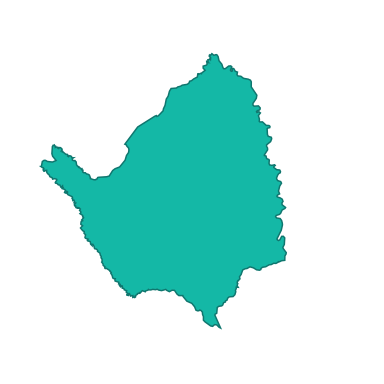 Ribeirão Cascalheira, Mato Grosso, Brazil, rotated 321°
{"feature_id": "56859067B50708946620242", "entity_name": "Ribeirão Cascalheira", "entity_type": "district", "adm_level": 2, "iso_a3": "BRA", "parent_name": "Brazil", "parent_adm1": "Mato Grosso", "projection": "mercator", "projection_center": [-51.621, -12.878], "detail": "fine", "context": "isolated", "style": "filled", "palette": "teal", "viewbox_px": 384, "rotation_deg": 321, "n_neighbors": 0, "source": "geoboundaries", "source_scale": "gbopen_adm2", "svg_char_len": 5924}
<svg xmlns="http://www.w3.org/2000/svg" viewBox="0 0 384 384"><g transform="rotate(321 192 192)"><path d="M90.6,77.0L91.2,79.3L91.7,79.5L91.5,80.8L90.2,81.1L90.0,82.7L90.5,83.0L90.7,82.4L92.7,83.7L91.6,85.2L91.3,86.9L91.8,88.4L91.2,90.7L92.3,92.9L91.8,94.3L93.7,95.2L94.8,96.9L94.6,97.6L91.8,98.5L91.5,99.2L92.5,100.4L92.6,102.3L93.7,103.4L93.1,105.6L93.3,106.1L95.2,105.8L94.5,106.9L94.6,107.5L93.3,107.7L94.7,109.9L94.7,111.0L92.6,112.2L93.3,113.6L95.1,112.7L95.4,113.5L94.0,115.0L93.9,116.0L95.9,120.2L95.6,121.1L94.8,121.4L94.9,122.6L94.3,122.9L94.0,123.8L95.1,124.2L94.7,125.6L93.5,126.1L94.6,127.4L92.6,127.8L92.3,128.4L92.2,129.2L92.8,129.5L92.0,131.0L92.8,132.6L93.4,133.1L93.5,132.4L94.3,133.2L94.5,135.0L93.0,135.6L93.2,137.2L92.5,138.2L91.3,138.3L92.2,141.0L92.0,142.3L91.4,142.5L91.5,143.8L88.8,144.3L88.9,145.5L87.5,145.1L86.9,145.5L85.3,147.1L85.7,149.4L82.7,149.8L82.7,153.3L83.4,154.9L82.1,156.2L82.4,158.2L80.2,160.0L80.1,160.9L81.6,163.3L80.3,163.6L80.1,164.2L81.7,166.5L80.4,168.8L80.6,170.4L81.1,169.3L82.1,170.4L81.5,173.2L80.8,174.1L80.8,175.2L81.6,175.8L81.9,176.7L81.9,178.2L81.2,178.7L82.0,181.5L81.0,183.4L80.9,185.0L79.9,185.9L79.9,187.4L78.5,189.4L77.7,189.6L77.6,191.9L76.8,193.1L77.3,195.4L76.4,196.0L76.4,196.9L77.5,197.6L78.7,201.5L78.3,202.0L78.6,203.7L77.8,204.0L77.4,206.7L76.4,208.8L76.4,209.7L77.8,211.1L76.9,211.6L76.2,212.8L78.3,216.1L77.1,217.3L77.9,217.9L77.8,218.7L76.8,219.0L76.8,220.4L77.5,220.0L77.2,220.8L77.8,221.3L78.3,220.8L78.7,221.2L77.3,222.9L78.0,223.6L78.2,224.7L77.8,225.4L79.1,227.6L77.9,228.3L78.2,230.4L76.9,230.6L76.5,231.2L77.4,232.3L78.3,231.3L78.9,231.1L79.5,231.6L78.6,232.6L79.3,233.5L78.8,234.2L80.9,235.3L79.7,236.6L80.7,236.9L80.7,237.7L81.3,238.0L81.5,237.5L82.3,237.8L82.6,236.9L85.1,237.1L85.7,236.6L87.6,237.8L87.9,237.2L88.6,237.8L91.3,237.4L92.9,240.1L93.6,239.7L96.2,240.6L96.8,240.3L97.0,241.0L98.4,242.2L100.3,243.0L102.2,245.0L103.7,245.6L104.5,247.4L106.3,249.5L110.3,251.2L110.5,252.6L111.7,255.2L114.7,255.8L116.5,257.4L116.1,262.0L116.6,264.2L119.7,266.7L119.3,267.4L119.3,273.6L121.8,278.4L121.8,282.9L120.7,286.3L121.5,287.8L122.6,288.6L123.7,288.6L124.4,289.7L124.5,291.8L123.1,293.9L122.5,296.0L120.2,298.8L120.4,301.2L122.2,307.8L123.5,309.4L126.1,309.3L127.6,310.8L127.9,314.2L128.6,315.7L132.3,302.0L133.1,301.5L134.9,301.8L139.0,297.6L140.9,297.7L143.4,299.2L144.7,299.2L146.9,297.9L148.7,298.5L149.5,297.7L151.2,298.1L152.8,297.0L154.2,296.9L155.1,297.0L158.1,299.1L160.7,298.8L163.2,297.1L164.0,295.6L165.5,295.0L166.5,293.8L167.9,295.1L168.1,293.2L170.0,291.9L169.8,291.2L170.7,290.3L171.8,289.7L172.3,290.2L173.7,289.6L174.6,289.7L175.5,287.8L178.3,287.0L182.3,284.5L184.8,285.0L186.7,286.1L189.9,286.6L192.0,289.6L193.2,293.1L195.3,295.3L196.7,295.6L197.2,294.9L199.3,294.8L202.3,296.5L206.1,297.1L208.0,298.3L210.6,298.8L212.3,300.3L214.8,300.8L215.3,300.5L215.9,301.2L218.4,301.8L221.1,303.5L223.9,300.2L226.0,299.4L227.1,298.4L227.3,293.4L227.8,292.2L230.7,290.9L235.2,286.0L235.1,283.9L233.8,282.9L230.1,284.5L228.6,284.1L228.2,282.6L228.7,281.8L237.3,277.9L241.6,274.5L242.6,273.0L243.7,270.5L243.8,268.1L241.4,265.4L241.4,263.8L242.7,263.2L245.7,264.4L247.3,264.4L250.7,262.7L253.9,263.3L255.0,262.9L254.0,258.7L255.0,257.1L256.8,256.6L257.6,254.4L256.9,252.2L255.2,249.6L255.4,248.7L256.5,248.2L258.9,248.6L259.8,245.7L263.9,242.6L267.1,241.5L267.5,239.7L265.8,237.1L265.9,235.4L266.6,234.3L269.4,232.7L271.1,232.3L272.7,232.6L273.7,231.7L274.0,230.1L271.9,228.0L271.0,224.4L271.5,223.8L273.4,223.7L273.3,222.8L270.7,221.5L269.4,219.8L269.8,218.3L272.1,215.9L272.2,215.1L271.0,213.0L272.2,210.6L271.2,209.3L271.4,208.8L277.3,206.8L278.4,205.3L278.7,203.4L279.7,202.3L284.8,202.3L287.4,200.8L288.1,199.4L286.3,196.7L286.8,194.8L290.2,190.1L291.3,190.1L292.9,190.9L293.7,190.4L293.9,189.6L293.6,188.7L291.6,186.9L290.9,181.9L288.9,180.3L288.7,179.5L290.3,177.7L291.7,174.4L294.9,173.6L294.5,171.8L292.5,171.1L292.7,170.1L294.0,169.9L295.9,170.7L296.8,170.6L297.9,169.6L297.8,166.9L294.3,164.4L294.1,162.8L295.1,161.5L300.9,159.7L303.3,157.6L304.2,147.6L307.4,143.7L307.8,141.9L306.7,139.7L303.6,136.1L302.8,132.8L300.7,130.7L300.8,129.1L302.8,127.4L301.6,125.4L302.1,122.5L301.6,121.7L300.8,121.6L299.4,123.3L298.7,123.1L298.4,122.4L298.6,121.4L301.7,119.8L301.5,118.4L299.8,117.2L295.4,117.1L294.3,116.2L294.3,114.8L295.6,111.5L295.6,107.0L297.5,103.2L297.7,101.2L297.2,100.4L295.0,99.5L294.5,97.0L292.3,97.5L292.2,96.6L291.6,96.6L290.8,97.4L291.0,99.4L289.8,100.6L289.9,99.6L289.1,100.0L287.6,99.2L286.7,100.5L285.7,99.6L285.3,100.1L285.9,101.6L285.0,100.9L284.0,102.3L283.1,102.5L279.9,101.2L278.6,102.8L278.8,105.7L274.4,105.6L273.8,106.0L273.4,105.2L271.2,104.7L271.4,104.1L270.9,103.8L268.5,106.0L264.6,105.2L261.7,105.2L259.8,104.4L258.7,105.3L256.2,105.4L251.6,102.8L249.7,102.6L247.1,101.4L245.3,101.4L240.9,98.4L237.9,99.5L233.8,102.5L230.5,103.6L225.6,107.7L222.1,109.4L220.7,110.7L213.7,111.6L212.2,111.1L212.4,110.2L210.8,109.7L190.7,107.3L169.9,112.6L170.6,113.9L170.2,115.6L170.4,117.8L169.5,119.6L167.5,121.4L164.1,122.4L160.0,125.2L151.5,127.0L146.9,125.5L143.9,125.4L137.7,127.5L135.2,126.4L128.7,121.8L127.8,121.4L126.4,122.1L125.7,121.7L124.9,121.9L123.6,120.9L121.4,117.6L121.9,117.3L122.9,114.2L122.3,112.6L121.4,111.6L121.2,109.9L120.0,108.9L119.7,107.7L120.9,106.5L120.4,106.1L121.1,104.8L120.4,104.7L120.5,103.5L119.4,101.6L120.0,101.3L119.3,99.8L119.4,98.2L120.9,95.7L120.8,93.8L120.1,93.6L119.1,92.0L120.1,90.7L121.4,90.8L120.2,89.9L120.7,88.5L120.2,87.4L119.6,86.7L118.2,86.8L118.0,85.8L118.8,85.8L118.7,84.1L117.7,83.4L117.0,79.8L116.5,79.4L117.1,78.9L117.0,78.1L116.4,77.9L118.0,77.0L117.8,74.9L117.2,74.2L115.7,74.3L115.3,73.4L116.0,73.1L115.1,71.9L113.8,71.4L114.8,70.5L114.3,69.7L114.6,68.9L113.9,68.9L113.6,68.3L112.1,68.8L107.2,74.1L106.2,76.5L106.2,82.0L102.4,80.9L98.8,77.2L98.1,75.3L97.0,74.3L94.9,74.1L91.1,77.3L90.6,77.0Z" fill="#14b8a6" stroke="#0f766e" stroke-width="1.5"/></g></svg>